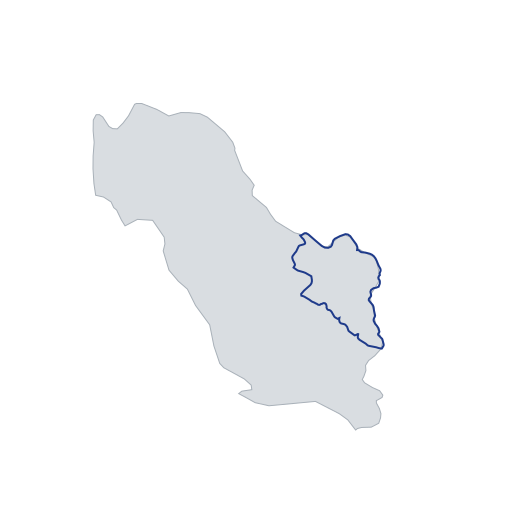 Korçë highlighted on a map of Albania, rotated 325°
{"feature_id": "ALB-1521", "entity_name": "Korçë", "entity_type": "County", "adm_level": 1, "iso_a3": "ALB", "parent_name": "Albania", "parent_adm1": "", "projection": "natural_earth1", "projection_center": [20.625, 40.584], "detail": "fine", "context": "in_parent", "style": "outline", "palette": "blue", "viewbox_px": 512, "rotation_deg": 325, "n_neighbors": 0, "source": "natural_earth", "source_scale": "10m", "svg_char_len": 3905}
<svg xmlns="http://www.w3.org/2000/svg" viewBox="0 0 512 512"><g transform="rotate(325 256 256)"><path d="M166.0,156.2L166.4,149.3L168.2,138.4L167.2,134.8L168.3,128.6L164.9,120.2L159.5,114.3L164.8,103.7L172.6,90.9L179.9,80.7L188.6,70.1L194.4,60.0L200.7,51.3L206.1,48.6L208.8,50.4L210.2,54.2L209.8,65.5L211.6,69.4L215.3,72.3L223.2,70.9L231.9,68.1L243.6,62.1L245.6,62.5L249.9,65.6L258.9,79.2L264.9,91.3L276.7,95.4L283.3,100.1L291.7,107.2L295.8,114.4L301.6,136.3L302.2,149.5L300.6,155.6L299.1,157.2L293.8,178.7L295.1,189.7L295.1,197.0L290.6,199.8L287.6,204.4L292.4,222.3L291.8,230.0L292.0,238.8L300.7,258.8L305.9,265.1L310.5,268.0L316.3,286.5L319.8,289.7L334.1,287.9L341.1,290.0L343.9,294.4L344.5,297.4L343.6,307.7L347.1,315.7L351.9,323.9L351.9,328.9L348.7,337.1L343.0,346.7L335.4,350.3L327.1,353.5L323.1,360.9L321.0,368.8L317.3,374.7L315.0,381.1L311.5,394.2L310.6,399.0L304.9,403.8L296.2,405.8L288.3,406.2L283.0,408.4L280.3,412.9L275.3,416.5L272.2,418.1L272.2,422.1L275.9,430.5L280.0,437.3L280.1,442.7L278.1,444.2L271.6,443.5L270.3,445.5L269.6,451.6L267.9,456.8L265.2,460.0L260.6,463.4L252.2,462.3L244.3,457.1L240.2,455.5L237.8,455.7L237.2,442.9L233.8,433.0L221.3,409.2L180.7,386.1L171.2,375.7L167.0,367.0L162.9,358.8L166.9,358.6L170.9,360.6L175.9,363.1L178.0,359.0L175.9,350.0L165.5,329.0L164.7,323.2L169.9,305.6L178.6,285.8L178.1,261.9L180.8,243.8L177.9,232.1L176.6,217.7L182.9,198.6L188.3,193.9L191.6,187.9L191.8,167.5L179.9,158.0L166.0,156.2Z" fill="#d9dde1" stroke="#a8b0b8" stroke-width="1"/><path d="M304.0,264.6L304.9,265.0L306.4,265.1L307.7,265.1L308.0,265.1L309.0,265.3L310.2,266.1L311.3,268.4L313.5,277.4L315.6,285.4L317.2,288.6L318.7,289.8L319.8,290.7L322.6,291.3L324.5,290.6L328.2,287.6L330.4,287.1L330.5,287.1L336.3,287.9L341.8,289.4L343.6,291.1L344.6,293.8L344.6,297.4L344.8,304.0L344.1,307.0L342.2,309.1L343.3,309.9L343.7,311.0L343.9,312.1L344.4,313.2L347.6,316.0L350.5,319.4L351.7,321.4L352.4,323.8L352.5,326.5L352.1,329.1L351.0,333.9L350.8,335.5L350.7,336.6L350.6,337.7L350.0,339.1L349.2,339.9L348.2,340.5L347.2,341.2L346.5,342.7L345.0,343.0L343.8,343.8L343.2,345.1L343.3,346.8L343.0,347.6L342.6,348.3L341.5,349.7L338.8,351.5L336.3,350.9L333.8,349.8L330.8,349.8L329.3,350.8L328.7,351.9L328.3,353.3L327.4,354.7L326.4,355.2L324.1,355.7L323.1,356.7L323.0,358.0L323.4,361.8L323.5,363.3L323.1,365.0L322.6,366.1L321.4,368.3L319.7,372.4L319.4,373.1L318.5,373.9L317.3,374.5L316.1,375.3L315.2,376.6L314.7,379.8L315.0,382.6L314.9,385.4L313.7,388.7L313.1,389.2L311.5,389.7L310.9,390.5L310.9,391.3L311.3,392.8L311.3,393.5L311.8,396.1L311.7,396.8L310.0,401.3L309.5,402.2L308.7,402.8L306.0,404.0L305.9,404.0L303.8,401.9L302.1,399.7L296.9,394.3L296.2,393.3L295.6,390.7L292.7,384.0L292.6,383.1L292.4,382.3L292.5,381.5L292.8,380.9L293.4,380.1L294.6,379.0L294.9,378.6L294.6,378.3L294.0,378.2L293.0,378.1L291.4,377.7L291.2,377.4L289.1,371.3L288.9,370.2L290.0,366.4L289.9,364.3L289.6,363.1L288.9,362.1L287.0,360.0L286.7,358.9L286.7,357.8L287.1,356.8L287.4,356.1L287.8,355.6L288.8,354.6L286.8,354.3L285.5,351.4L285.4,350.5L285.9,345.0L285.7,343.6L285.3,342.6L284.2,341.5L284.0,341.1L283.9,340.4L283.9,339.9L284.2,338.7L284.4,338.4L285.0,337.7L285.7,335.8L285.7,335.3L285.4,334.9L285.5,334.5L285.3,334.2L284.6,333.5L284.0,333.2L282.8,333.1L282.3,332.9L281.8,332.6L281.4,332.6L280.8,332.6L280.2,332.6L279.6,332.2L278.8,331.3L278.3,329.8L277.6,328.9L277.3,328.0L275.6,325.3L274.7,322.5L272.3,317.1L271.7,316.1L270.4,314.5L271.2,313.0L275.5,311.9L283.9,310.9L285.7,310.2L287.1,309.0L288.1,307.6L289.7,304.3L286.8,298.2L285.5,296.3L282.0,292.0L281.4,290.7L280.1,287.0L282.8,285.7L283.2,284.9L283.5,283.4L283.8,281.2L284.0,280.1L284.7,278.2L285.4,277.4L286.1,277.0L290.0,275.7L290.7,275.6L291.6,275.3L296.0,272.8L296.8,272.4L297.3,272.4L298.0,272.5L302.0,273.9L303.2,274.0L303.7,273.6L304.1,272.8L304.5,270.2L304.5,269.4L304.1,267.3L304.0,265.0L304.0,264.6Z" fill="none" stroke="#1e3a8a" stroke-width="2"/></g></svg>